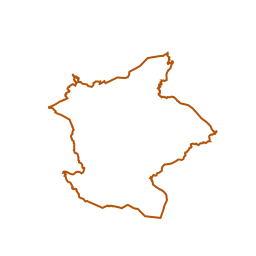 outline of Juchitlán, Jalisco, Mexico, rotated 29°
{"feature_id": "50627088B62561393474891", "entity_name": "Juchitlán", "entity_type": "district", "adm_level": 2, "iso_a3": "MEX", "parent_name": "Mexico", "parent_adm1": "Jalisco", "projection": "mercator", "projection_center": [-104.048, 20.063], "detail": "fine", "context": "isolated", "style": "outline", "palette": "amber", "viewbox_px": 256, "rotation_deg": 29, "n_neighbors": 0, "source": "geoboundaries", "source_scale": "gbopen_adm2", "svg_char_len": 5815}
<svg xmlns="http://www.w3.org/2000/svg" viewBox="0 0 256 256"><g transform="rotate(29 128 128)"><path d="M207.2,87.3L206.9,88.1L206.6,88.6L205.4,89.5L204.0,89.4L201.8,88.4L199.5,86.5L197.6,85.8L193.3,84.7L187.3,83.9L182.1,81.9L175.0,79.5L169.5,78.8L162.3,80.9L161.6,81.0L160.7,80.7L160.0,80.6L159.8,80.3L158.9,80.4L158.3,80.2L157.9,80.3L157.3,79.9L155.0,79.1L154.2,79.2L152.9,78.8L152.1,79.0L151.9,79.3L150.8,79.5L149.4,81.0L148.1,81.6L147.6,81.7L147.4,83.1L146.1,83.0L145.8,83.2L145.4,83.1L145.0,83.4L144.2,83.3L143.8,83.7L143.0,84.1L142.8,84.7L142.5,84.9L141.5,84.4L140.7,84.5L139.8,84.1L138.8,84.0L138.7,83.5L138.8,83.3L138.2,83.0L138.5,82.4L138.7,82.5L138.9,81.8L138.0,80.1L137.2,80.1L136.8,79.0L134.9,78.9L135.0,77.8L135.6,77.8L136.1,76.7L135.2,76.8L135.3,75.9L134.3,75.6L134.2,75.1L135.6,75.0L135.6,74.5L135.9,74.0L134.8,73.9L134.9,72.8L135.5,72.9L135.5,72.7L134.2,72.2L135.4,70.0L134.9,69.9L135.7,69.5L135.9,69.2L137.3,69.1L138.6,67.2L135.8,62.9L135.3,61.0L135.2,59.6L135.4,58.3L135.2,57.9L135.7,57.1L135.8,56.2L136.1,55.2L135.3,51.2L135.6,49.6L135.4,48.4L134.9,48.1L134.3,48.2L134.5,48.8L133.7,50.5L133.1,51.0L132.3,50.9L132.2,51.6L132.2,52.3L132.1,52.6L131.4,52.4L131.2,51.6L131.2,49.8L130.9,48.8L131.3,48.1L131.1,47.9L130.3,47.8L130.0,47.5L129.8,46.9L129.9,46.1L127.6,45.7L127.2,45.5L126.9,44.8L126.7,44.2L126.9,43.8L126.3,43.1L125.5,45.0L124.4,46.3L124.0,47.7L123.0,48.4L121.4,49.3L111.4,57.2L111.2,57.7L108.4,68.1L104.6,74.2L103.6,75.5L102.1,78.0L102.1,78.6L103.1,80.6L103.2,83.4L102.9,83.9L101.7,85.3L100.9,85.9L94.8,88.7L94.2,89.0L86.6,99.7L84.6,98.5L82.1,103.2L81.9,103.3L81.1,100.9L80.7,101.3L77.3,102.8L76.8,104.3L76.0,105.2L76.0,105.6L76.5,105.9L76.7,106.3L76.8,107.2L76.6,109.0L76.3,109.6L75.8,109.8L72.7,110.6L71.3,109.8L68.3,110.8L66.5,111.3L65.8,111.3L64.8,110.8L64.5,110.8L63.8,111.2L63.7,111.0L62.7,111.6L62.3,111.1L61.3,110.7L61.0,110.4L60.9,110.0L61.1,109.0L60.6,108.2L60.4,108.2L59.1,109.1L58.8,109.0L58.4,108.1L58.1,108.0L56.0,108.9L55.7,108.9L53.2,107.6L55.1,109.0L56.8,110.0L57.2,110.7L57.4,112.1L58.3,112.3L58.5,112.7L59.9,113.0L61.4,113.0L61.2,113.5L60.6,114.0L61.1,114.5L61.3,116.5L58.4,116.4L56.6,119.6L56.9,120.4L56.4,121.0L55.9,121.4L56.0,122.9L56.4,123.4L58.6,123.8L59.0,124.3L58.7,124.9L59.6,124.9L58.4,125.2L58.0,126.1L57.6,126.4L56.9,127.9L57.0,128.7L57.6,128.8L57.2,129.7L57.5,130.2L57.8,130.2L60.6,131.5L58.6,134.3L58.0,134.5L58.0,135.1L55.3,138.3L54.4,140.2L52.1,144.0L50.6,146.0L49.0,148.0L48.9,147.9L48.8,148.0L48.8,148.3L49.4,148.7L50.1,148.1L51.2,147.6L53.0,147.3L54.9,148.1L56.4,148.3L56.8,148.7L56.9,149.5L57.2,149.4L58.1,149.7L63.9,148.9L72.8,149.0L75.0,150.8L76.2,151.9L76.6,152.0L77.2,152.4L77.7,153.1L78.6,153.4L78.7,153.6L78.6,153.8L78.7,154.0L79.2,154.1L80.6,155.2L80.7,155.5L81.4,156.0L81.0,156.6L81.0,157.4L81.9,159.2L81.8,159.4L81.8,159.8L82.3,160.4L82.0,161.3L82.0,162.4L82.7,163.6L83.8,164.4L84.2,165.0L84.5,165.0L85.3,165.7L86.8,165.9L87.4,166.5L88.0,167.7L88.8,168.0L90.0,170.5L91.2,172.3L91.2,173.5L91.6,173.8L92.2,174.1L92.4,174.4L93.3,175.3L93.8,175.4L94.8,175.3L95.0,175.1L96.1,175.1L96.5,175.2L97.9,176.9L98.4,177.2L99.1,177.9L99.9,179.7L100.1,180.1L101.2,180.4L101.6,181.5L101.8,181.8L102.5,181.8L103.5,181.5L104.5,181.7L106.1,182.7L107.2,184.6L107.5,184.8L108.1,184.8L109.0,184.1L109.3,184.2L109.4,184.5L109.5,185.5L110.2,187.8L110.1,188.8L109.3,189.8L109.3,190.1L106.9,190.0L106.4,190.3L105.8,190.3L105.3,190.5L103.7,192.1L103.6,192.8L102.9,194.6L102.4,195.3L100.7,195.9L98.3,196.1L97.5,196.0L97.2,196.2L96.8,196.2L96.1,196.1L95.7,196.1L95.2,196.5L94.1,196.5L93.7,197.1L93.2,197.1L92.9,197.3L92.8,197.7L93.0,198.4L93.2,198.1L94.5,198.2L95.7,198.5L96.2,198.8L96.2,199.1L95.7,199.1L95.5,199.9L96.2,200.3L96.1,200.7L96.8,200.6L97.1,200.8L99.3,203.1L100.6,203.6L101.4,204.2L102.2,204.2L103.5,203.7L104.1,203.8L105.5,204.6L106.1,204.8L106.5,205.4L108.4,206.5L108.1,207.6L109.1,208.0L109.8,208.0L110.9,207.3L111.6,206.6L112.3,206.5L112.6,206.6L113.0,207.0L113.3,207.8L116.4,209.5L117.2,209.7L117.5,210.5L118.9,212.2L121.5,212.0L123.5,211.7L126.3,212.9L127.6,211.7L130.6,211.6L131.5,211.4L144.5,210.2L147.5,206.0L148.2,205.6L148.6,206.0L149.7,205.5L150.0,205.2L150.1,204.7L150.5,204.3L151.2,204.3L152.3,203.7L153.0,203.8L153.1,203.5L155.1,202.7L156.2,202.6L157.5,202.0L157.8,202.1L158.7,201.7L159.5,201.6L160.5,201.3L161.6,201.1L161.8,200.9L161.8,200.3L162.2,199.6L163.0,198.7L164.3,196.3L164.9,195.6L165.5,195.3L171.8,195.3L174.4,194.7L175.2,194.1L176.0,194.1L176.8,194.2L177.8,194.7L185.7,196.9L200.0,190.9L198.5,181.8L197.7,179.2L197.0,171.9L196.1,171.0L194.0,168.0L192.4,167.1L191.2,166.8L190.3,166.4L189.1,166.3L186.9,165.9L186.5,165.9L186.2,166.2L185.6,166.3L182.5,166.0L181.1,166.1L180.2,165.7L177.7,165.5L176.9,164.9L176.3,163.9L175.5,163.2L175.5,162.9L175.4,162.8L174.7,162.8L174.2,162.0L173.6,162.0L173.4,161.4L172.9,161.4L172.1,161.0L171.8,161.1L171.9,160.6L171.8,160.2L171.8,159.8L172.6,159.8L173.0,159.5L172.9,157.3L173.1,156.7L174.9,156.5L175.3,156.3L175.7,155.8L175.8,155.3L175.7,154.9L175.4,154.2L175.4,153.5L176.9,152.0L178.2,149.3L178.3,148.9L178.1,148.5L177.2,146.9L177.0,145.3L177.1,144.1L177.4,142.9L177.7,142.2L180.8,140.0L183.4,137.8L186.3,133.3L186.8,132.0L187.2,131.3L188.5,130.6L190.2,130.0L190.7,129.7L191.3,128.6L191.5,128.1L191.0,126.0L191.2,125.1L191.5,124.7L191.6,124.0L191.4,123.7L190.3,122.8L190.0,122.0L190.0,121.6L190.5,121.5L190.9,120.9L191.2,120.1L191.1,119.5L191.6,118.3L191.7,117.3L191.5,115.9L191.8,116.0L191.9,115.3L192.7,114.4L192.7,113.5L191.2,112.5L190.9,111.7L192.1,110.3L194.1,109.8L194.9,108.8L195.5,108.6L195.6,109.1L198.1,108.7L198.7,106.2L200.7,105.2L200.8,103.9L203.4,103.5L204.3,101.1L205.5,100.3L205.1,100.3L205.4,99.6L205.4,99.2L205.1,98.6L203.3,96.4L203.0,95.8L203.1,94.8L204.1,93.2L204.7,93.2L205.3,92.6L205.5,91.6L206.9,91.1L207.2,87.3Z" fill="none" stroke="#b45309" stroke-width="2"/></g></svg>